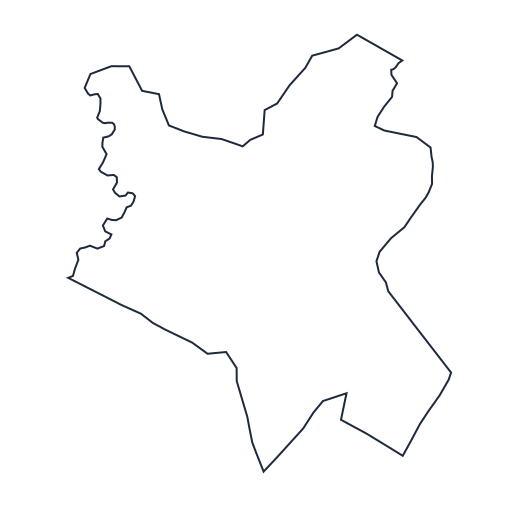 Okpe, Delta, Nigeria, rotated 267°
{"feature_id": "59680162B68325668602500", "entity_name": "Okpe", "entity_type": "district", "adm_level": 2, "iso_a3": "NGA", "parent_name": "Nigeria", "parent_adm1": "Delta", "projection": "mercator", "projection_center": [5.811, 5.698], "detail": "fine", "context": "isolated", "style": "outline", "palette": "slate", "viewbox_px": 512, "rotation_deg": 267, "n_neighbors": 0, "source": "geoboundaries", "source_scale": "gbopen_adm2", "svg_char_len": 1984}
<svg xmlns="http://www.w3.org/2000/svg" viewBox="0 0 512 512"><g transform="rotate(267 256 256)"><path d="M129.4,444.7L179.6,409.9L189.2,403.3L213.9,386.2L217.8,385.4L222.9,384.3L233.2,377.9L244.5,376.0L253.8,379.7L266.8,391.9L277.0,405.7L285.5,412.1L298.8,422.6L305.4,428.5L311.0,432.0L312.1,432.5L318.8,435.6L326.7,435.9L335.7,437.3L340.2,437.4L345.8,436.5L355.2,436.0L366.4,422.5L374.6,390.7L379.6,381.4L388.6,384.7L398.2,391.6L407.8,400.2L408.4,400.3L413.8,401.0L421.1,405.9L429.9,400.7L434.9,400.8L435.3,402.9L437.0,405.2L441.2,408.5L443.6,412.3L471.7,368.4L459.0,349.4L453.1,322.6L441.3,315.1L424.9,298.6L407.2,285.1L401.3,272.3L377.0,269.2L372.3,256.4L366.2,248.4L369.2,241.2L374.6,227.7L377.9,208.6L384.3,190.5L385.8,187.2L390.9,175.9L407.3,170.1L422.7,167.6L426.9,150.9L452.1,139.4L453.1,121.4L446.4,100.2L432.8,93.7L426.9,96.8L425.0,99.0L425.9,103.1L426.1,106.4L421.6,108.9L415.7,108.6L408.8,107.6L402.4,104.6L400.9,105.4L397.0,110.1L396.5,112.7L396.9,114.5L396.6,119.3L395.2,121.0L393.1,121.7L389.7,121.6L385.0,118.3L383.2,115.1L382.2,109.7L377.2,108.6L373.0,108.3L365.6,112.1L361.0,109.9L357.0,107.8L351.0,103.6L348.3,105.4L344.2,111.9L344.4,118.2L342.0,121.1L336.6,121.0L330.0,116.7L326.5,118.5L322.6,122.8L323.2,128.9L326.1,131.4L325.1,136.0L322.2,138.4L316.8,136.6L312.8,133.8L311.4,129.4L306.8,127.1L301.4,123.8L299.1,118.3L299.5,114.1L301.2,109.4L294.5,104.7L288.5,106.7L285.1,112.7L281.2,110.8L278.6,106.3L273.9,104.8L271.7,98.0L273.5,94.0L275.0,90.7L273.5,86.1L272.7,80.9L268.6,77.2L261.5,78.4L252.6,74.5L245.7,72.2L244.0,67.3L224.0,102.0L214.2,118.9L205.7,135.5L204.4,138.1L194.6,149.4L187.0,161.9L172.8,187.8L160.9,202.5L161.7,221.1L145.1,230.8L132.1,230.2L95.9,238.9L85.9,240.2L70.1,242.5L60.6,245.5L40.3,252.3L53.7,266.3L67.0,279.7L81.3,294.1L96.7,305.2L107.7,315.3L114.2,339.2L88.0,332.3L83.1,340.3L72.8,357.1L59.7,376.3L48.8,392.1L63.1,401.0L79.6,410.9L91.7,419.8L107.1,432.0L122.5,442.0L129.4,444.7Z" fill="none" stroke="#1e293b" stroke-width="2"/></g></svg>